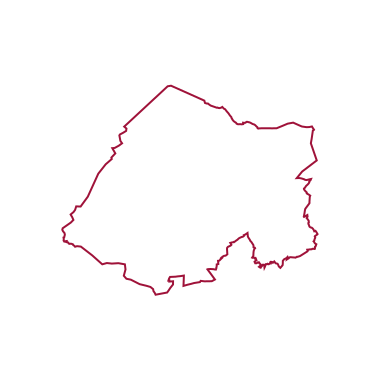 outline of Awka South, Anambra, Nigeria, rotated 245°
{"feature_id": "59680162B42338651294858", "entity_name": "Awka South", "entity_type": "district", "adm_level": 2, "iso_a3": "NGA", "parent_name": "Nigeria", "parent_adm1": "Anambra", "projection": "robinson", "projection_center": [7.051, 6.191], "detail": "fine", "context": "isolated", "style": "outline", "palette": "rose", "viewbox_px": 384, "rotation_deg": 245, "n_neighbors": 0, "source": "geoboundaries", "source_scale": "gbopen_adm2", "svg_char_len": 5798}
<svg xmlns="http://www.w3.org/2000/svg" viewBox="0 0 384 384"><g transform="rotate(245 192 192)"><path d="M279.9,158.2L277.2,159.4L275.2,158.1L274.8,154.7L274.6,151.0L274.0,150.1L268.6,148.7L265.7,149.2L264.9,145.2L264.6,140.6L265.4,138.3L259.4,138.8L257.3,133.5L255.8,133.2L253.6,125.5L248.2,114.8L231.8,95.6L225.9,84.9L227.9,81.0L226.4,79.6L225.2,78.5L223.9,76.2L222.9,72.5L221.5,72.6L220.1,72.8L216.8,72.7L215.5,69.2L213.8,59.5L212.6,58.5L211.0,58.5L208.6,59.1L207.0,58.7L205.2,57.2L204.9,57.0L205.0,56.3L204.2,56.1L203.0,55.6L202.6,55.5L202.2,55.1L201.0,55.3L200.8,56.8L200.7,57.2L200.5,57.8L199.8,57.5L199.6,57.1L199.3,57.4L198.5,58.5L197.4,58.5L196.8,59.0L196.5,60.0L195.9,61.0L194.8,62.0L194.1,61.9L193.0,62.6L191.8,62.9L191.5,64.9L189.5,68.2L176.7,74.8L164.4,80.1L163.6,84.8L161.0,89.1L158.6,95.2L154.8,100.6L149.9,99.0L144.9,94.8L141.1,95.9L138.4,99.5L130.6,105.6L126.3,111.0L123.5,114.2L120.4,115.7L118.4,115.2L116.4,115.6L114.3,115.6L111.4,127.0L112.7,129.3L114.2,131.7L116.2,135.7L119.1,137.1L120.4,133.6L121.3,134.1L121.7,133.2L123.3,134.7L124.3,136.2L122.2,141.3L121.5,143.6L120.6,146.1L119.7,149.3L116.1,147.5L110.5,144.6L109.9,148.5L109.1,152.5L108.6,155.5L107.0,161.1L107.8,162.3L105.8,165.5L102.8,172.2L103.0,175.8L109.2,174.6L115.4,173.3L115.4,173.6L114.9,175.0L114.4,176.2L113.8,177.3L113.3,178.3L112.8,179.1L112.5,179.4L111.8,180.5L111.6,180.9L112.7,181.9L113.1,182.0L113.7,182.6L115.4,183.6L115.9,183.8L115.6,185.4L117.1,186.0L118.6,186.5L118.4,187.0L118.3,187.3L118.3,187.7L118.5,188.4L119.0,189.7L119.4,190.9L119.9,190.5L120.2,191.2L120.3,192.6L120.5,192.7L120.5,193.0L120.6,194.0L120.1,195.6L120.6,197.7L125.7,199.7L126.6,200.3L127.1,201.4L127.1,202.6L127.1,204.2L127.2,204.7L127.5,205.4L129.7,205.2L129.4,207.0L129.0,208.2L129.1,208.7L128.8,208.9L128.9,209.6L129.3,211.3L129.6,213.3L129.9,213.9L130.0,214.4L130.2,215.0L130.3,215.9L130.2,216.7L130.3,217.7L130.2,218.3L130.0,218.8L130.0,219.4L130.1,219.9L130.3,220.6L131.0,220.7L131.0,221.4L130.9,222.1L131.4,225.0L130.6,224.7L129.6,224.4L128.4,223.9L127.2,223.8L126.4,223.9L125.8,224.0L124.4,224.2L123.5,224.2L123.0,224.2L121.6,224.7L118.0,225.2L117.0,224.9L115.9,224.4L115.2,224.9L114.9,225.4L114.4,225.4L114.3,224.8L112.9,223.3L111.6,222.4L109.0,221.0L108.5,220.8L108.2,220.6L107.1,218.8L106.7,219.2L106.6,220.3L106.0,220.6L105.2,220.8L105.3,221.7L104.2,221.7L102.8,221.5L102.9,221.0L102.7,220.4L102.5,219.4L102.4,219.2L100.7,219.2L100.2,220.2L100.2,220.8L100.3,222.2L100.0,223.0L99.3,223.1L98.9,222.9L97.7,223.5L97.1,223.4L96.7,223.5L96.2,222.2L95.9,221.1L95.0,221.6L94.6,222.0L95.0,222.2L94.9,222.4L94.6,222.5L95.0,223.3L95.4,224.2L95.6,224.7L96.1,224.9L96.2,225.0L96.2,225.5L95.4,226.9L95.1,226.7L94.3,226.3L93.4,225.9L92.8,225.7L93.2,226.2L94.1,227.1L95.0,228.1L95.4,228.6L94.9,229.6L94.6,230.2L94.8,230.4L94.1,231.0L94.2,231.7L94.2,232.1L94.3,232.4L94.2,232.5L93.9,233.3L94.3,233.5L95.3,233.3L95.5,233.7L95.4,234.0L95.2,234.3L94.4,235.4L94.2,235.5L93.7,235.5L93.8,236.5L94.2,237.0L94.3,237.2L93.9,237.3L93.0,237.5L92.3,237.6L91.8,237.9L91.2,238.8L90.8,239.2L90.3,239.3L89.2,239.3L88.2,239.2L87.7,239.3L87.0,239.5L85.9,240.0L87.1,242.6L87.3,243.1L88.5,243.9L90.1,244.7L91.2,245.2L91.7,246.2L92.1,247.1L92.2,249.8L92.8,251.2L92.6,251.2L92.3,251.0L91.4,250.1L90.8,249.6L90.9,250.2L91.0,251.4L91.3,252.3L91.5,253.3L91.2,253.9L90.1,255.8L89.1,257.6L88.8,258.0L88.9,258.3L88.7,259.4L88.9,259.7L88.8,259.9L88.5,261.1L88.3,262.9L89.4,271.5L89.7,272.0L91.0,272.1L90.7,273.0L90.4,273.5L90.4,274.0L89.7,275.8L89.5,276.3L89.6,276.7L89.5,277.6L88.6,278.9L88.5,279.2L88.9,279.6L89.9,280.0L90.4,280.4L90.4,280.9L90.7,281.2L91.0,281.5L92.1,282.6L93.3,281.8L94.2,281.6L95.7,281.5L95.9,281.4L96.2,282.1L96.5,282.5L97.2,282.9L98.5,284.4L99.9,284.5L100.1,284.9L100.3,286.0L100.4,286.8L100.5,287.3L100.8,288.0L101.8,287.9L102.9,287.8L104.6,287.5L104.7,286.2L106.1,286.3L107.8,286.0L108.7,285.6L109.1,285.4L109.7,284.6L110.2,284.2L110.8,283.9L111.2,283.8L111.6,283.9L112.0,284.0L113.1,284.0L113.7,284.0L114.2,284.1L114.6,284.3L114.8,284.4L115.0,284.6L115.0,285.0L116.6,285.6L118.4,285.3L118.7,285.3L119.1,285.1L119.5,285.0L119.9,284.9L120.3,285.5L120.8,286.3L121.1,286.4L122.4,286.8L122.2,284.6L122.1,283.0L122.4,282.9L122.9,283.3L125.4,285.1L127.7,286.6L128.9,287.6L131.9,293.2L132.4,293.9L132.7,293.9L138.0,296.8L138.7,297.6L140.2,296.8L142.0,295.5L142.5,295.4L143.1,295.8L143.4,295.7L145.0,295.1L146.0,294.8L146.9,294.7L147.5,294.7L147.8,294.9L147.8,295.3L147.9,295.7L148.1,295.9L148.3,296.3L148.6,296.9L149.3,298.0L149.5,298.7L149.9,300.0L150.5,301.4L151.2,302.4L152.0,302.7L152.4,303.9L152.6,304.4L153.5,305.4L153.8,304.1L154.3,301.4L154.6,300.5L155.2,299.8L155.7,299.2L156.2,299.0L156.4,298.7L157.2,297.9L158.3,296.6L159.4,295.0L160.3,292.8L164.0,300.5L167.9,318.4L185.9,320.3L189.3,322.7L196.6,327.5L196.7,328.0L196.7,328.5L196.9,328.9L197.5,328.8L199.3,328.5L200.7,328.4L201.0,327.1L201.3,325.7L202.4,323.1L203.4,321.6L204.9,319.3L206.1,318.2L212.1,313.0L213.5,307.6L213.7,302.0L214.0,295.7L215.6,292.1L217.2,288.7L220.0,282.8L221.1,280.2L221.5,278.8L222.1,278.4L222.7,278.6L223.2,278.6L223.5,278.4L224.4,278.0L225.2,277.8L226.1,277.4L226.8,277.0L227.9,275.8L228.8,275.1L229.7,274.5L230.8,273.6L231.2,273.0L232.2,271.8L232.4,271.2L232.5,271.1L232.4,270.3L232.2,269.9L232.3,269.1L232.6,268.7L232.9,268.1L233.2,267.6L231.9,267.1L232.3,265.7L232.8,264.9L233.0,264.5L233.3,263.8L233.8,262.7L234.2,262.0L234.6,261.8L235.0,261.3L235.3,261.3L235.9,261.2L236.3,261.1L236.8,260.7L238.6,259.7L240.7,259.2L241.3,259.3L241.9,259.1L243.3,259.3L245.3,258.7L247.9,258.3L250.6,257.5L253.0,257.0L254.1,256.1L256.3,255.4L256.1,254.3L256.4,252.4L257.1,251.3L257.7,250.9L257.9,250.1L262.5,245.4L264.8,244.1L265.5,243.8L265.9,242.8L267.2,241.4L269.6,241.8L297.2,217.9L298.1,214.6L279.9,158.2Z" fill="none" stroke="#9f1239" stroke-width="2"/></g></svg>